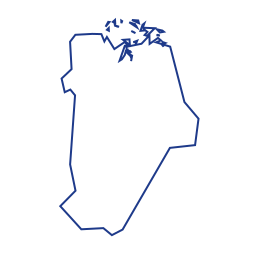 Rufiji, Pwani, United Republic of Tanzania, rotated 274°
{"feature_id": "72390352B25336426084217", "entity_name": "Rufiji", "entity_type": "district", "adm_level": 2, "iso_a3": "TZA", "parent_name": "United Republic of Tanzania", "parent_adm1": "Pwani", "projection": "mercator", "projection_center": [39.283, -7.991], "detail": "medium", "context": "isolated", "style": "outline", "palette": "blue", "viewbox_px": 256, "rotation_deg": 274, "n_neighbors": 0, "source": "geoboundaries", "source_scale": "gbopen_adm2", "svg_char_len": 1961}
<svg xmlns="http://www.w3.org/2000/svg" viewBox="0 0 256 256"><g transform="rotate(274 128 128)"><path d="M212.1,164.4L215.4,150.1L217.7,154.7L219.9,151.6L213.4,143.7L221.9,142.9L213.0,135.6L208.9,120.8L204.7,121.6L205.3,122.4L205.3,123.1L205.1,123.2L204.6,123.1L204.9,124.4L204.7,124.9L204.1,125.4L202.9,122.2L201.6,125.3L201.3,125.5L200.6,125.1L200.2,125.3L200.6,125.4L200.7,125.7L200.7,126.6L200.5,126.8L200.2,127.0L194.9,126.4L200.2,127.0L200.1,125.3L202.7,122.2L203.2,122.1L203.4,122.6L205.1,122.3L204.3,121.7L204.8,120.5L200.6,119.7L196.1,117.1L194.5,114.9L209.8,119.1L210.0,122.1L213.6,118.8L205.8,108.9L217.3,100.6L212.7,98.4L219.8,94.9L219.4,85.9L217.3,69.0L210.0,64.2L182.8,67.6L172.7,58.3L159.3,62.4L162.3,67.8L156.9,72.9L87.6,72.8L61.8,80.0L45.3,65.9L23.7,88.5L26.4,110.4L20.0,119.4L26.3,129.7L111.1,171.2L115.6,196.1L142.2,197.7L157.8,182.5L212.1,164.4ZM211.6,157.8L212.7,156.8L212.6,157.3L211.6,157.8ZM229.4,147.7L229.1,136.3L227.0,137.9L225.2,140.7L221.9,138.1L221.2,140.6L229.4,147.7ZM216.5,123.3L215.6,117.0L210.8,124.1L216.5,123.3ZM230.4,134.9L225.8,133.7L226.5,137.8L229.0,136.3L229.2,135.8L229.7,135.3L230.4,134.9ZM233.5,121.9L228.9,130.0L230.4,129.1L231.2,126.5L231.4,128.5L231.6,126.2L231.8,128.0L232.1,127.9L233.5,121.9ZM228.5,149.8L225.5,153.1L226.5,157.1L227.6,155.5L228.5,149.8ZM215.7,131.1L214.0,127.3L214.2,130.2L211.8,129.8L215.7,131.1ZM229.3,108.0L229.0,108.1L228.8,110.2L228.4,110.3L228.4,112.0L229.3,108.0ZM233.5,137.0L232.4,135.8L229.3,135.8L233.5,137.0ZM236.0,124.4L233.3,131.6L236.0,130.7L236.0,124.4ZM224.1,127.0L225.0,124.5L223.1,128.8L224.1,127.0ZM216.2,156.4L214.1,157.3L215.4,159.4L216.2,156.4ZM223.0,151.3L222.5,150.0L222.4,153.3L223.0,151.3ZM232.5,100.9L227.5,98.6L232.4,102.1L232.5,100.9ZM234.9,107.5L232.8,105.5L231.9,107.3L230.8,107.5L231.1,108.0L234.9,107.5ZM234.7,113.8L232.1,114.1L234.2,114.7L234.7,113.8ZM226.4,101.8L224.5,100.2L223.7,102.1L226.4,101.8Z" fill="none" stroke="#1e3a8a" stroke-width="2"/></g></svg>